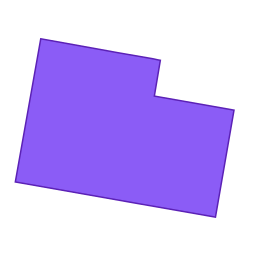 Cottonwood, Minnesota, United States of America, rotated 10°
{"feature_id": "52423323B65882700434645", "entity_name": "Cottonwood", "entity_type": "district", "adm_level": 2, "iso_a3": "USA", "parent_name": "United States of America", "parent_adm1": "Minnesota", "projection": "robinson", "projection_center": [-95.186, 44.022], "detail": "fine", "context": "isolated", "style": "filled", "palette": "violet", "viewbox_px": 256, "rotation_deg": 10, "n_neighbors": 0, "source": "geoboundaries", "source_scale": "gbopen_adm2", "svg_char_len": 315}
<svg xmlns="http://www.w3.org/2000/svg" viewBox="0 0 256 256"><g transform="rotate(10 128 128)"><path d="M26.4,200.7L29.8,200.7L148.3,200.7L150.1,200.7L229.6,200.6L229.3,92.0L148.4,92.0L148.1,55.7L145.5,55.7L141.3,55.5L104.8,55.6L26.6,55.3L26.4,200.7Z" fill="#8b5cf6" stroke="#5b21b6" stroke-width="1.5"/></g></svg>